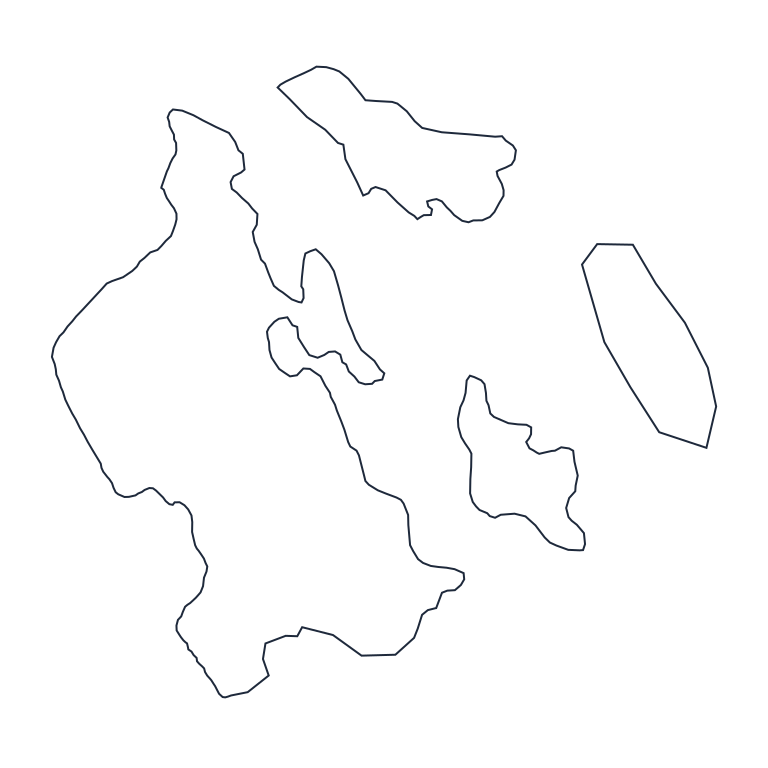 the district of Haninge, Stockholm, Sweden, rotated 271°
{"feature_id": "70781695B75191882374760", "entity_name": "Haninge", "entity_type": "district", "adm_level": 2, "iso_a3": "SWE", "parent_name": "Sweden", "parent_adm1": "Stockholm", "projection": "mercator", "projection_center": [18.21, 59.063], "detail": "fine", "context": "isolated", "style": "outline", "palette": "slate", "viewbox_px": 768, "rotation_deg": 271, "n_neighbors": 0, "source": "geoboundaries", "source_scale": "gbopen_adm2", "svg_char_len": 5442}
<svg xmlns="http://www.w3.org/2000/svg" viewBox="0 0 768 768"><g transform="rotate(271 384 384)"><path d="M160.9,440.1L176.3,445.6L178.5,450.9L179.1,458.5L184.4,464.4L190.1,467.6L196.3,466.9L200.1,457.8L201.4,449.7L202.0,441.5L202.9,434.0L205.8,426.1L209.5,421.1L217.4,416.1L223.3,412.9L231.8,412.0L243.4,410.8L253.5,410.4L264.8,405.7L268.5,402.9L270.7,398.5L274.5,387.8L277.6,379.7L283.0,370.6L286.7,367.1L292.4,365.6L307.4,361.5L312.2,360.2L316.9,357.7L320.9,351.4L325.3,349.2L337.6,345.2L345.7,342.0L356.7,337.3L362.4,335.4L365.8,333.5L370.2,331.0L374.3,330.1L381.2,325.4L390.6,320.4L394.7,314.1L397.8,309.7L398.1,303.1L391.2,296.8L390.0,289.9L393.4,284.6L397.2,278.9L402.9,274.9L408.5,271.1L416.0,268.9L423.9,268.3L428.0,267.0L434.2,266.1L438.3,268.0L444.3,273.3L447.4,277.7L449.0,286.2L441.1,291.5L439.6,296.2L428.6,297.5L419.5,303.4L411.6,308.8L409.1,317.2L412.0,323.8L415.1,328.2L415.7,334.5L412.6,339.8L405.0,342.0L402.9,345.8L395.9,348.6L390.9,354.3L385.3,358.7L383.4,365.2L384.0,372.1L386.8,374.7L388.4,382.2L394.7,384.1L398.5,379.7L406.9,374.0L413.2,366.2L417.6,360.8L428.0,354.6L436.1,351.4L447.1,346.4L456.8,343.3L469.7,339.8L481.7,336.4L495.9,332.0L503.8,327.1L512.6,319.3L517.5,313.4L515.5,308.0L513.1,303.1L506.2,301.6L489.6,300.1L480.2,299.6L477.3,301.6L468.5,302.1L464.1,300.1L464.5,297.2L467.0,290.3L473.9,281.0L476.3,277.1L480.2,272.2L487.6,268.8L493.5,266.3L502.3,262.9L506.2,258.9L516.5,255.5L523.9,252.1L533.7,250.1L541.0,254.0L551.8,254.5L557.2,249.1L562.1,245.2L567.5,238.8L572.9,233.4L576.4,228.5L583.2,227.1L589.1,230.0L593.0,237.4L596.0,240.8L611.7,238.8L615.1,234.4L623.4,231.0L632.3,224.6L638.1,211.4L644.5,198.1L649.4,188.8L653.8,177.5L654.8,168.2L651.7,165.0L646.7,163.0L642.4,164.6L637.9,165.2L633.7,167.4L629.7,169.6L624.8,169.9L621.4,171.9L613.9,172.3L609.9,171.5L605.8,168.7L601.2,166.5L596.0,164.7L592.8,163.2L576.9,158.0L576.2,157.9L574.4,160.4L570.4,161.8L566.2,163.6L563.1,165.8L559.5,168.2L556.1,170.9L550.7,173.5L545.1,173.7L539.8,172.5L533.2,170.3L528.2,168.4L523.4,163.4L518.1,159.0L514.1,155.2L511.5,148.0L505.7,142.1L502.1,137.7L497.1,134.9L492.6,130.3L486.2,121.2L482.2,110.4L479.6,105.0L473.8,100.0L467.7,94.5L464.1,91.3L458.1,85.9L452.3,80.7L446.2,75.0L441.2,71.2L436.0,66.6L430.0,62.6L426.2,58.8L420.1,55.4L414.5,53.0L405.3,51.5L398.2,54.4L393.0,55.6L387.6,56.2L381.6,59.0L375.1,61.0L370.9,63.0L362.9,65.6L357.7,68.2L355.2,69.5L349.0,72.8L343.0,76.5L334.4,80.9L328.1,84.9L321.1,88.7L312.9,93.7L299.4,102.2L295.2,103.0L291.4,104.8L286.2,109.0L284.1,111.0L280.1,113.8L275.5,115.4L271.1,117.6L269.1,120.2L266.5,126.5L266.7,130.9L268.3,137.5L270.3,140.2L271.8,143.8L273.9,146.5L275.9,151.2L275.7,154.8L273.5,157.9L266.7,165.1L263.1,167.8L260.1,171.5L259.5,174.9L262.0,176.7L262.2,181.7L259.3,186.6L255.2,190.4L249.2,193.8L242.6,194.7L232.7,194.7L226.1,196.3L219.5,198.0L216.2,199.7L214.0,201.6L210.1,204.4L206.3,207.0L202.0,208.7L198.5,210.5L193.4,209.8L187.2,207.4L178.7,206.6L172.4,204.2L169.9,202.1L167.0,199.6L161.6,194.0L159.8,191.3L157.8,189.0L152.5,186.8L148.1,185.3L144.6,182.1L138.9,180.7L137.0,180.8L133.9,181.0L129.5,183.9L127.3,185.4L124.2,187.9L122.3,190.0L121.2,191.6L117.3,192.6L115.2,193.0L113.1,196.2L109.6,198.4L106.9,201.4L103.5,201.9L101.1,204.1L98.5,207.1L96.5,209.1L92.9,210.1L89.4,212.3L86.4,215.1L84.8,216.5L81.0,219.0L79.0,220.4L74.7,222.7L71.4,224.5L68.2,228.1L67.9,230.7L68.7,233.4L69.9,236.5L73.5,253.1L90.5,273.8L106.9,267.8L107.7,267.9L122.5,270.0L130.5,290.1L130.3,301.7L139.4,306.4L132.1,337.4L112.0,366.3L113.5,400.1L130.7,418.5L140.0,422.0L153.9,426.1L158.7,431.8L160.9,440.0L160.9,440.1ZM640.7,417.7L647.3,410.1L657.1,402.0L664.6,392.5L666.2,387.2L666.8,371.2L667.4,360.5L673.4,355.8L688.5,343.0L695.7,333.9L697.9,328.2L699.8,320.7L700.1,310.9L696.9,305.6L693.5,298.7L689.1,289.3L684.7,280.5L681.5,275.2L678.6,272.5L667.1,284.8L649.5,302.4L637.2,320.8L624.2,333.8L622.6,339.2L608.1,341.5L585.1,353.7L572.1,359.9L574.5,365.2L578.9,367.8L580.8,372.1L577.7,382.2L565.7,394.4L556.0,405.7L552.6,411.4L549.4,414.5L551.6,417.7L553.5,420.8L553.8,428.0L559.5,429.0L562.3,425.2L567.3,423.9L568.9,429.0L569.8,433.3L567.6,438.7L561.7,443.7L558.2,447.5L554.1,451.2L548.5,459.4L547.2,465.7L549.1,470.4L549.4,479.5L552.9,487.0L557.9,491.4L567.0,496.1L574.2,500.2L579.9,500.2L586.1,498.3L594.0,493.9L598.4,493.0L599.9,495.5L602.5,501.8L605.6,507.7L610.6,510.6L620.0,511.8L624.7,508.7L629.5,501.5L633.8,497.7L633.2,490.8L635.1,465.0L636.7,437.4L640.7,417.7ZM405.9,707.5L450.5,683.8L489.0,654.1L527.6,630.4L527.6,594.7L506.9,579.9L429.7,603.6L385.1,630.4L340.6,660.0L325.8,707.5L367.3,716.5L405.9,707.5ZM393.8,469.8L389.0,466.6L376.5,465.7L369.0,463.8L362.1,460.7L350.1,458.5L342.3,459.1L332.2,462.2L326.0,466.1L320.0,470.4L315.9,472.6L302.4,472.6L290.5,472.0L276.1,472.0L267.6,474.8L263.2,478.2L259.7,481.7L256.6,489.5L253.8,492.0L252.2,497.4L255.3,503.0L256.6,516.8L254.1,527.8L245.3,537.9L233.4,547.3L228.4,552.6L225.5,559.2L221.4,571.1L221.1,582.4L221.4,585.9L227.4,587.8L238.4,586.5L246.6,579.3L250.6,574.0L254.1,570.8L263.2,568.3L273.2,571.1L280.1,577.1L285.8,577.4L295.8,579.3L309.6,575.8L320.6,574.3L322.8,570.2L323.8,562.3L320.3,556.1L320.0,552.9L318.4,546.3L316.9,540.4L318.1,537.9L320.3,534.4L322.2,530.6L328.5,527.2L332.2,530.0L336.3,531.9L343.2,531.9L345.7,527.2L346.0,518.4L347.0,509.0L349.2,503.7L353.0,494.5L356.4,490.8L364.6,488.9L369.0,486.7L376.8,486.1L385.6,484.5L389.4,481.1L392.5,474.1L393.8,469.8Z" fill="none" stroke="#1e293b" stroke-width="2"/></g></svg>